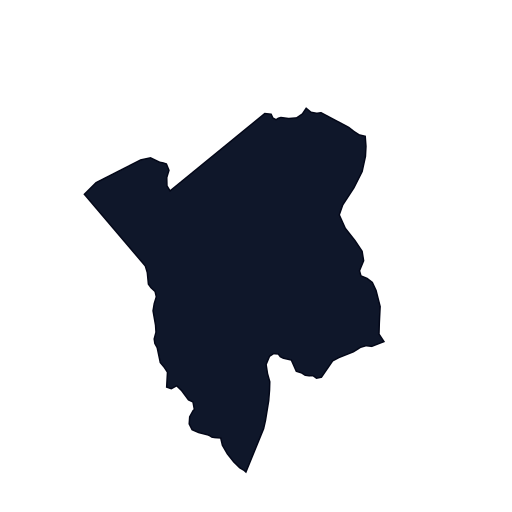 Simiyu, Albers equal-area conic projection, rotated 230°
{"feature_id": "TZA-5585", "entity_name": "Simiyu", "entity_type": "Region", "adm_level": 1, "iso_a3": "TZA", "parent_name": "United Republic of Tanzania", "parent_adm1": "", "projection": "albers", "projection_center": [34.096, -3.023], "detail": "fine", "context": "isolated", "style": "filled", "palette": "ink", "viewbox_px": 512, "rotation_deg": 230, "n_neighbors": 0, "source": "natural_earth", "source_scale": "10m", "svg_char_len": 1521}
<svg xmlns="http://www.w3.org/2000/svg" viewBox="0 0 512 512"><g transform="rotate(230 256 256)"><path d="M164.0,95.4L170.3,96.9L175.4,101.8L178.0,108.5L178.0,110.1L184.7,113.9L189.2,111.8L200.8,112.5L207.6,111.8L208.8,105.8L213.0,103.3L223.9,113.5L229.9,114.2L235.9,114.2L249.3,121.4L254.0,122.3L257.9,124.7L261.9,130.4L267.6,134.6L280.2,141.9L284.9,147.4L288.8,153.4L293.7,155.9L299.2,155.2L303.6,155.5L313.2,162.1L319.5,164.8L413.6,164.2L415.0,180.7L403.7,229.5L399.0,238.3L389.7,242.5L387.0,244.7L384.1,246.5L377.6,244.4L373.5,238.1L367.0,232.9L361.1,232.0L359.5,354.3L354.9,358.7L350.8,357.6L347.5,359.0L347.2,361.6L346.1,364.1L340.3,369.4L335.7,375.9L335.0,382.8L336.9,389.4L330.8,390.5L326.2,394.3L324.0,397.9L294.9,409.7L288.7,411.0L282.6,412.8L277.5,416.6L269.3,410.7L262.0,403.9L252.5,391.6L245.3,374.8L239.4,355.3L234.0,346.2L219.9,342.2L204.1,341.7L191.4,340.3L183.2,335.4L178.2,325.8L173.3,323.6L167.4,326.7L161.0,328.1L152.4,325.8L137.5,318.6L125.2,307.2L117.1,300.0L108.2,299.0L112.4,286.6L116.6,282.6L118.9,277.3L120.0,269.1L124.9,254.3L126.4,247.3L121.1,228.2L123.5,223.8L127.6,222.8L130.2,219.6L133.1,217.0L137.1,215.8L141.8,212.8L153.6,216.2L160.2,211.2L163.2,209.9L166.6,210.1L169.9,206.7L170.5,201.9L166.4,194.0L158.5,189.2L150.8,185.7L144.5,180.1L137.0,172.7L123.9,157.5L118.8,150.8L97.0,109.4L99.4,109.1L104.2,107.4L112.6,106.6L122.9,106.9L132.6,108.6L139.3,112.0L143.3,107.8L145.6,105.8L148.2,105.0L149.8,104.2L157.6,98.6L164.0,95.4Z" fill="#0f172a" stroke="#020617" stroke-width="1.5"/></g></svg>